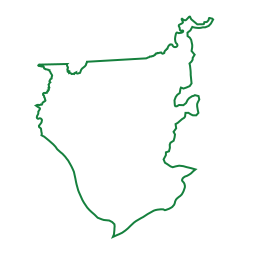 Sepone, Savannakhét, Laos (Mercator projection), rotated 267°
{"feature_id": "54806243B75063146976266", "entity_name": "Sepone", "entity_type": "district", "adm_level": 2, "iso_a3": "LAO", "parent_name": "Laos", "parent_adm1": "Savannakhét", "projection": "mercator", "projection_center": [106.495, 16.758], "detail": "fine", "context": "isolated", "style": "outline", "palette": "green", "viewbox_px": 256, "rotation_deg": 267, "n_neighbors": 0, "source": "geoboundaries", "source_scale": "gbopen_adm2", "svg_char_len": 5780}
<svg xmlns="http://www.w3.org/2000/svg" viewBox="0 0 256 256"><g transform="rotate(267 128 128)"><path d="M125.3,41.2L124.5,42.5L123.7,43.9L119.7,48.3L115.6,52.5L113.1,54.6L110.5,56.2L107.3,59.4L105.7,61.2L102.6,63.8L100.5,65.2L98.7,66.5L94.7,68.5L92.4,69.6L89.5,70.8L87.0,71.7L80.3,72.8L76.7,73.3L74.3,73.7L68.4,75.0L66.3,75.7L58.5,78.7L55.7,80.1L50.7,83.1L48.1,85.2L46.0,87.2L43.2,90.1L40.0,93.0L38.1,97.2L37.4,99.1L36.6,104.4L34.9,107.3L32.6,109.4L30.5,109.5L28.5,109.2L27.0,109.1L22.5,108.4L20.0,107.2L21.6,111.3L22.4,113.6L23.7,116.7L25.7,119.9L27.7,122.6L30.2,125.4L33.3,129.1L34.6,131.1L37.3,136.3L38.3,138.5L41.0,143.1L44.1,149.4L44.6,151.2L44.9,153.2L45.1,156.7L44.9,159.0L44.0,160.5L44.2,161.6L45.2,164.8L46.3,167.1L46.9,168.1L49.0,170.1L50.6,170.8L52.1,171.2L54.0,172.2L55.1,173.3L56.4,175.0L57.4,176.6L58.8,178.2L60.8,179.5L62.1,180.2L65.3,181.5L65.9,181.7L67.2,181.8L69.0,181.5L69.8,181.2L70.6,180.8L72.2,179.5L73.1,179.2L74.7,179.9L75.5,180.7L76.5,182.3L77.2,184.6L78.2,186.6L79.4,188.6L81.6,191.1L83.1,193.2L84.6,188.9L85.9,184.4L87.0,181.2L87.7,177.1L87.2,173.7L86.5,170.6L87.4,168.5L89.8,165.4L91.4,163.1L94.8,161.9L98.9,164.4L101.7,164.6L102.6,167.7L106.0,168.8L109.2,168.8L111.1,169.7L112.9,172.9L116.1,174.0L119.1,174.6L121.8,173.3L125.2,176.1L129.4,175.7L130.5,177.9L132.3,180.2L134.0,182.4L135.3,184.7L136.5,185.6L140.1,186.2L140.0,189.1L138.4,191.4L137.3,193.3L137.1,196.8L139.4,199.1L142.3,198.6L146.0,198.2L148.3,198.3L149.9,199.0L152.8,200.7L156.2,200.1L157.3,196.5L156.7,195.3L156.4,193.7L154.6,190.6L152.9,189.0L149.9,187.3L147.9,184.5L148.3,180.2L147.1,177.8L147.3,176.4L148.1,176.0L150.3,175.9L153.3,175.9L156.5,177.3L158.6,179.0L160.2,181.5L164.3,182.4L165.6,183.0L164.5,185.5L165.3,188.3L166.6,191.8L169.2,193.8L177.8,193.4L179.5,193.5L181.8,193.5L186.9,193.2L189.2,192.8L191.0,194.9L192.8,196.1L194.7,196.3L197.7,198.4L201.6,195.5L205.1,196.3L207.5,196.5L210.1,196.1L212.6,195.7L214.9,194.5L216.7,192.3L220.1,192.4L222.2,195.4L225.6,197.5L225.1,198.7L224.6,200.8L224.2,203.7L224.2,205.8L224.6,208.0L224.5,210.4L225.7,213.9L227.9,216.2L231.9,218.7L232.9,217.7L233.1,216.6L233.3,216.0L233.6,215.4L233.6,215.1L233.4,214.6L232.0,214.3L231.0,213.7L229.7,212.2L229.7,209.8L227.9,209.2L227.7,208.6L227.9,202.6L233.2,196.9L234.4,196.3L235.9,195.8L236.0,195.6L236.0,195.3L235.8,194.8L233.0,191.9L232.6,191.2L232.6,190.3L232.9,189.6L233.2,188.9L234.3,187.8L234.3,187.6L234.0,187.3L233.6,187.3L232.6,187.7L231.3,188.3L230.8,188.4L230.5,188.3L230.0,187.9L229.5,187.1L228.4,184.6L228.2,184.3L227.8,184.1L227.3,184.1L226.9,184.1L225.5,184.8L223.8,184.9L222.8,185.2L222.5,185.5L222.3,186.0L222.4,186.5L222.5,187.4L222.5,187.7L222.2,188.1L221.9,188.2L221.5,188.1L220.9,187.7L220.4,186.6L220.1,184.2L220.1,183.6L220.3,183.1L220.7,182.2L220.7,181.8L220.7,181.6L220.1,181.1L219.6,180.8L216.7,180.0L214.4,179.6L212.1,179.8L211.3,180.0L210.7,180.2L210.2,180.5L209.4,181.3L208.7,181.6L207.9,181.7L207.6,181.6L207.2,181.4L206.7,180.8L206.4,180.2L206.3,179.3L206.4,178.6L206.6,178.1L207.1,177.5L207.9,176.9L208.8,176.6L209.0,176.3L209.1,175.9L209.3,175.2L209.0,174.8L209.1,174.2L208.7,173.7L208.0,172.9L206.3,171.9L206.0,171.7L205.5,171.7L205.1,171.5L204.8,171.1L204.8,170.7L204.7,170.6L204.3,170.2L203.9,170.0L203.7,169.7L203.4,169.2L202.3,168.4L201.6,168.3L201.1,168.2L200.9,168.0L200.9,167.6L200.6,167.3L200.4,166.4L200.6,166.0L201.2,165.3L201.5,165.2L201.4,164.8L201.7,164.2L201.4,163.3L201.3,162.4L201.2,162.2L201.4,161.8L201.4,161.2L200.9,160.8L200.9,159.7L200.6,159.4L200.1,159.3L199.9,158.9L199.6,158.8L199.5,158.3L199.0,157.8L198.9,157.3L198.5,156.8L198.5,156.3L198.6,155.9L198.2,155.3L198.1,154.3L198.3,153.7L197.6,152.8L197.4,151.8L196.6,149.9L196.3,90.5L195.6,90.4L195.3,90.3L194.7,89.7L193.7,89.5L193.0,89.2L192.9,89.0L192.3,88.6L191.8,88.1L189.8,85.3L188.6,84.3L185.6,83.0L185.0,80.5L185.2,79.8L185.5,79.5L185.7,78.8L185.9,78.8L186.2,78.9L185.7,77.7L184.9,77.2L185.2,76.8L184.8,76.0L185.0,75.0L184.9,74.5L185.4,74.1L185.6,73.8L186.1,72.6L185.9,72.0L186.4,71.9L186.9,72.2L187.4,72.4L187.7,72.3L187.9,72.1L187.9,71.8L187.2,71.1L187.2,70.9L187.4,70.7L187.7,70.7L187.9,71.2L188.0,70.9L188.3,70.7L188.8,71.0L189.3,70.6L189.7,70.5L189.9,70.7L190.2,70.7L190.4,70.9L191.4,71.2L191.8,71.2L192.0,70.9L192.6,70.7L192.8,70.6L193.7,70.4L194.8,70.3L195.1,70.6L195.9,43.8L196.0,43.2L196.0,42.6L195.5,42.0L195.2,41.7L194.7,42.0L194.6,42.3L194.5,43.0L194.2,44.2L193.8,45.5L194.0,46.0L193.8,46.7L193.6,47.0L193.0,47.1L192.8,47.2L191.9,47.4L191.5,47.8L191.4,48.4L190.9,48.9L190.8,50.1L190.4,50.7L190.4,51.3L189.8,52.2L189.8,52.6L189.1,52.6L187.9,53.4L187.1,53.6L186.8,53.8L185.5,54.5L185.0,54.8L184.4,55.0L183.1,54.6L182.7,54.3L182.3,54.4L181.4,54.3L180.7,53.0L179.5,52.4L178.9,52.0L178.6,52.2L177.9,52.6L177.7,52.8L176.8,51.8L176.5,51.6L175.6,51.3L175.4,51.0L174.9,51.2L174.3,51.1L173.5,51.3L173.2,51.2L172.9,51.4L172.4,51.6L172.2,51.5L172.0,51.2L171.9,50.8L171.7,50.9L170.6,51.0L170.3,51.0L170.0,50.6L170.0,50.4L169.8,49.9L169.2,50.1L168.8,49.9L168.8,49.6L168.4,49.3L168.1,48.8L167.5,48.7L167.6,48.4L167.3,47.9L167.2,47.5L167.3,47.3L167.4,46.3L167.3,45.6L166.5,44.9L165.4,45.0L165.3,45.3L165.0,45.6L164.2,45.9L163.2,45.9L162.4,46.4L161.4,46.6L161.0,46.6L160.0,47.0L159.6,46.9L159.2,46.5L158.9,45.9L158.8,45.5L158.4,45.2L158.2,44.6L157.7,44.0L156.5,43.6L156.1,43.3L155.8,43.1L155.8,42.3L156.0,41.9L155.8,41.7L155.5,40.9L155.8,39.7L155.8,38.7L155.5,37.8L155.3,37.6L155.2,37.3L154.1,38.6L153.2,40.0L152.5,40.9L151.9,41.1L151.5,41.0L150.0,40.0L149.1,39.3L147.3,39.2L146.7,39.0L145.9,38.6L144.9,37.9L143.5,37.5L142.8,37.6L142.1,38.2L141.9,38.9L142.3,40.0L142.3,40.7L141.8,41.7L141.0,42.3L140.4,42.5L138.1,41.9L137.4,41.4L134.9,39.2L133.8,39.2L133.3,39.6L132.5,40.6L131.7,41.1L128.8,41.3L127.3,41.6L126.1,41.5L125.3,41.2Z" fill="none" stroke="#15803d" stroke-width="2"/></g></svg>